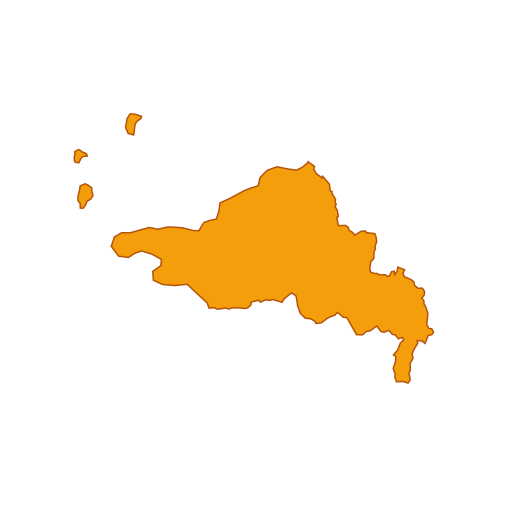 outline of Fajardo, Puerto Rico, rotated 240°
{"feature_id": "32010507B96449576459370", "entity_name": "Fajardo", "entity_type": "district", "adm_level": 2, "iso_a3": "PRI", "parent_name": "Puerto Rico", "parent_adm1": "", "projection": "mercator", "projection_center": [-65.654, 18.33], "detail": "fine", "context": "isolated", "style": "filled", "palette": "amber", "viewbox_px": 512, "rotation_deg": 240, "n_neighbors": 0, "source": "geoboundaries", "source_scale": "gbopen_adm2", "svg_char_len": 3467}
<svg xmlns="http://www.w3.org/2000/svg" viewBox="0 0 512 512"><g transform="rotate(240 256 256)"><path d="M69.9,324.2L71.6,327.6L78.5,330.2L79.6,332.4L85.9,335.7L88.8,340.8L92.8,342.1L95.3,344.8L99.6,352.4L102.1,353.3L99.4,357.3L95.7,358.7L101.0,365.2L100.0,369.1L101.1,371.5L105.2,371.8L106.7,369.5L111.0,369.4L120.3,376.1L127.8,377.7L130.5,377.5L133.6,379.1L136.7,378.5L137.8,381.8L140.8,384.2L145.0,384.0L146.9,380.3L151.3,378.6L154.3,379.8L157.7,378.7L163.9,374.2L167.5,374.5L169.7,377.8L175.5,373.2L172.0,370.5L170.6,366.9L173.7,368.1L174.7,365.6L172.3,362.0L172.4,359.5L174.9,358.9L177.8,353.7L180.7,351.7L181.9,349.4L185.1,347.1L188.5,348.4L193.5,352.4L195.1,356.9L200.8,360.4L202.2,362.7L204.7,363.9L208.3,367.8L212.6,369.5L216.0,370.1L221.0,363.2L223.0,363.3L224.9,359.4L224.6,351.9L228.1,351.4L231.9,349.5L234.8,350.2L237.7,348.8L241.2,342.5L249.1,345.3L248.9,347.0L254.9,349.2L259.1,349.2L260.7,351.3L262.9,351.3L265.5,353.3L271.8,353.0L273.6,354.1L275.3,352.9L281.5,355.5L291.7,353.6L290.6,352.3L296.8,349.5L300.4,349.4L302.2,349.3L304.3,351.5L311.5,348.3L311.1,348.1L309.7,340.6L309.8,338.3L310.1,334.1L314.3,328.5L322.8,318.7L323.5,314.7L324.4,309.5L324.5,309.1L324.5,308.8L324.6,308.4L323.5,304.4L322.0,299.3L321.8,298.6L320.8,297.7L315.7,293.0L317.6,284.6L318.5,278.5L319.0,261.2L319.2,259.3L320.0,251.4L314.2,246.9L313.9,246.6L313.4,246.3L311.0,243.6L307.8,240.2L309.7,234.6L310.0,233.1L311.1,227.6L310.3,226.1L307.2,220.5L306.4,219.2L309.7,214.0L311.6,212.1L317.1,206.5L318.8,204.1L324.3,195.6L325.1,194.4L328.4,184.1L331.0,181.3L334.0,178.0L337.5,164.7L339.0,158.7L339.1,158.4L343.3,151.4L343.3,149.8L343.3,145.0L343.3,143.3L343.3,143.0L336.8,135.5L336.4,135.6L333.4,135.9L328.4,136.5L324.6,136.9L323.3,138.6L318.5,144.9L318.8,149.0L319.0,152.3L318.5,154.9L318.5,155.0L317.6,159.4L309.7,166.8L300.3,172.4L295.2,168.7L294.9,165.4L294.3,158.9L294.2,158.9L286.4,155.0L282.2,157.9L278.1,160.9L276.4,163.2L271.8,169.8L271.1,170.7L265.9,182.3L261.4,183.7L260.8,183.8L246.7,188.1L239.9,190.2L234.3,189.3L232.3,193.8L229.2,195.9L226.0,204.1L223.6,205.9L223.4,207.6L223.0,209.5L219.0,216.2L215.9,220.4L215.2,223.2L216.2,227.2L218.5,229.0L216.5,236.0L213.8,236.9L213.3,242.5L210.7,245.5L210.1,248.6L202.9,255.4L204.9,259.1L206.2,267.2L206.4,268.3L201.5,270.7L196.1,268.8L192.3,267.2L184.2,265.7L177.5,267.6L174.2,272.0L170.5,274.2L167.5,274.3L165.5,279.1L166.5,288.1L165.3,294.8L166.4,298.1L165.6,298.8L159.2,301.0L157.2,303.9L137.6,303.7L134.4,309.0L135.5,313.6L134.1,317.7L135.0,325.6L128.3,326.4L125.9,328.8L125.1,333.9L119.9,334.9L118.0,337.3L113.2,337.8L112.2,342.0L109.7,342.2L108.2,337.1L103.7,331.7L101.6,325.6L99.0,326.8L94.6,323.8L90.0,318.6L84.6,317.6L81.4,315.6L76.8,314.8L73.6,320.9L69.9,324.2ZM383.8,130.3L385.2,133.6L387.8,136.9L388.0,141.5L389.9,145.0L395.5,146.7L397.1,147.8L400.6,146.4L403.9,144.3L404.6,138.7L401.3,136.2L399.9,134.7L397.1,132.0L393.4,129.6L389.2,129.9L385.4,127.8L385.2,128.1L383.8,130.3ZM422.3,210.2L422.0,210.6L429.7,216.5L429.9,216.6L432.0,219.7L432.7,225.3L434.1,226.7L438.8,222.7L439.9,221.2L442.1,218.0L439.3,212.9L432.9,207.6L432.5,207.3L426.0,206.6L423.2,209.4L422.3,210.2ZM427.8,146.3L425.3,149.0L428.0,153.3L428.8,155.8L428.4,156.6L427.7,158.4L426.9,159.8L429.1,160.3L430.3,159.7L431.6,158.6L432.6,157.7L434.1,157.3L435.6,156.4L436.8,155.7L436.8,154.9L436.9,154.1L437.0,151.8L436.9,151.1L434.2,149.9L432.8,148.2L430.0,146.8L428.7,146.3L427.8,146.3Z" fill="#f59e0b" stroke="#b45309" stroke-width="1.5"/></g></svg>